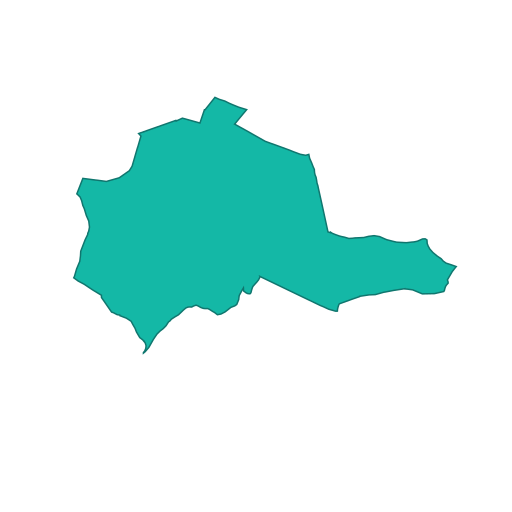 Songea Urban, Ruvuma, United Republic of Tanzania, rotated 202°
{"feature_id": "72390352B83796809810419", "entity_name": "Songea Urban", "entity_type": "district", "adm_level": 2, "iso_a3": "TZA", "parent_name": "United Republic of Tanzania", "parent_adm1": "Ruvuma", "projection": "albers", "projection_center": [35.59, -10.637], "detail": "fine", "context": "isolated", "style": "filled", "palette": "teal", "viewbox_px": 512, "rotation_deg": 202, "n_neighbors": 0, "source": "geoboundaries", "source_scale": "gbopen_adm2", "svg_char_len": 3567}
<svg xmlns="http://www.w3.org/2000/svg" viewBox="0 0 512 512"><g transform="rotate(202 256 256)"><path d="M324.0,123.8L322.9,125.8L321.1,131.1L319.9,140.3L318.6,146.4L316.8,150.6L315.0,153.6L314.2,155.4L313.3,157.6L312.4,162.2L311.6,163.3L311.3,164.1L310.8,165.7L308.3,169.3L305.8,172.5L305.6,173.0L303.8,177.0L303.3,178.2L302.8,179.2L302.5,179.8L301.6,181.4L301.5,181.6L300.0,183.1L298.5,183.9L296.5,184.6L295.1,186.3L293.1,188.0L290.8,188.0L288.1,187.6L287.0,187.6L285.2,187.7L283.4,188.2L281.3,189.1L280.7,189.2L279.5,189.1L278.2,188.9L275.7,188.4L273.3,188.1L269.8,187.1L266.7,189.1L263.7,192.6L260.0,199.0L257.0,201.8L255.7,203.8L255.7,208.2L255.7,209.2L256.1,210.5L256.7,212.8L256.7,213.3L256.7,213.6L256.0,219.9L255.7,221.7L255.4,221.1L255.1,220.3L254.6,219.4L254.3,218.9L254.0,218.8L253.1,218.6L251.8,218.2L250.0,218.0L248.6,218.3L247.5,218.7L247.4,218.8L247.2,219.0L247.0,219.9L247.0,220.7L247.3,222.6L247.5,225.0L247.5,226.5L246.5,229.4L245.5,232.1L244.7,234.9L244.6,236.0L244.5,237.4L244.5,238.4L244.6,238.5L204.3,235.9L177.8,234.2L174.6,234.2L170.8,234.0L168.5,233.9L164.0,234.4L161.9,234.6L161.1,234.8L159.9,235.4L160.5,237.3L160.8,239.3L161.0,242.2L160.7,243.0L150.1,252.5L144.8,257.1L144.9,257.4L136.6,262.3L130.9,264.9L130.4,265.3L123.9,270.3L122.7,271.0L115.9,275.4L115.1,275.9L106.0,281.3L106.0,281.1L103.2,282.0L98.1,283.3L87.6,283.2L76.4,288.0L68.6,293.4L68.4,294.6L68.7,296.5L68.8,297.9L68.8,298.8L68.7,299.8L68.3,301.2L68.0,301.9L67.7,302.8L68.2,303.9L69.6,305.6L68.2,315.1L67.0,319.3L66.4,321.2L71.5,321.0L77.1,320.6L80.5,321.4L83.2,322.8L87.9,323.8L93.3,325.5L97.5,327.6L100.1,329.7L102.0,331.8L103.1,334.1L103.6,335.0L105.6,335.3L108.0,334.2L110.6,331.5L111.9,330.2L114.7,328.3L116.5,327.4L121.5,324.7L122.9,324.2L130.8,321.5L134.7,320.9L135.5,320.8L140.7,320.1L141.0,320.1L142.5,320.1L148.7,320.3L153.2,319.3L154.1,319.1L159.0,316.4L163.0,313.5L165.2,312.5L170.4,310.1L171.1,309.8L173.2,308.6L176.6,307.0L177.0,307.0L181.1,306.6L183.8,306.1L186.0,305.8L190.1,305.6L193.7,305.6L195.8,306.0L195.7,305.5L198.3,305.3L214.6,329.2L223.9,342.7L225.0,344.4L226.7,346.4L227.0,346.9L228.1,348.8L229.8,351.5L231.7,353.4L231.8,353.6L232.9,355.2L234.2,357.8L234.3,358.1L236.4,360.1L239.3,363.2L242.9,366.7L245.1,370.0L247.6,368.0L253.1,366.9L260.4,366.7L264.8,366.7L280.0,366.2L282.6,366.1L284.2,366.0L290.4,365.8L292.7,366.1L298.8,366.9L314.8,369.0L319.1,369.5L324.7,370.2L324.9,370.3L325.2,370.3L324.8,371.5L323.1,377.0L319.5,388.2L327.8,387.5L333.3,387.5L338.1,387.6L342.9,388.0L348.8,387.5L353.5,387.7L353.7,387.0L356.9,376.2L358.0,372.5L358.6,372.3L357.8,358.3L373.7,356.5L375.9,356.2L380.6,351.2L381.1,351.7L410.7,325.6L407.6,324.1L406.5,313.2L406.4,311.4L405.5,302.5L405.4,301.9L405.4,301.7L404.5,292.8L405.4,287.6L412.1,277.3L414.0,275.8L422.0,269.6L422.6,269.1L431.2,266.9L433.3,266.3L445.6,263.1L445.4,246.5L441.2,244.8L438.4,242.0L435.5,238.0L432.9,235.5L428.5,230.0L424.1,225.7L421.2,220.4L420.4,216.3L420.5,214.0L420.1,213.1L420.5,206.9L420.4,201.1L420.3,194.8L418.8,190.4L417.4,185.1L417.4,184.7L417.5,176.8L416.7,169.2L416.8,167.5L412.0,166.3L411.8,166.2L405.3,165.5L404.5,165.4L399.3,164.3L395.9,163.6L393.8,163.2L391.3,162.8L384.6,161.7L384.5,161.4L384.4,161.2L383.9,160.0L383.7,159.6L380.6,157.6L368.9,149.9L366.9,150.0L362.8,149.6L360.1,150.2L359.6,149.6L359.3,149.7L352.9,149.8L349.7,149.2L347.3,148.7L344.6,146.4L341.0,143.6L338.4,140.8L336.2,139.1L333.2,136.8L329.6,135.8L327.8,134.8L327.7,135.0L326.0,133.7L324.3,131.6L323.6,129.1L323.6,126.3L324.2,124.3L324.0,123.8Z" fill="#14b8a6" stroke="#0f766e" stroke-width="1.5"/></g></svg>